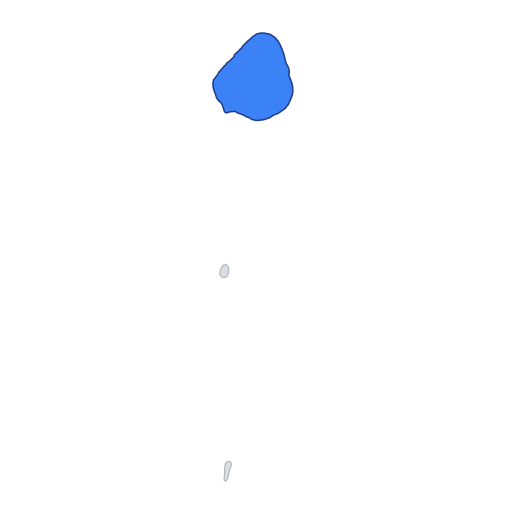 Kolhumadulu, Maldives (highlighted), rotated 175°
{"feature_id": "70690204B68081100071984", "entity_name": "Kolhumadulu", "entity_type": "district", "adm_level": 2, "iso_a3": "MDV", "parent_name": "Maldives", "parent_adm1": "", "projection": "equal_earth", "projection_center": [73.121, 2.361], "detail": "fine", "context": "in_parent", "style": "filled", "palette": "blue", "viewbox_px": 512, "rotation_deg": 175, "n_neighbors": 0, "source": "geoboundaries", "source_scale": "gbopen_adm2", "svg_char_len": 3857}
<svg xmlns="http://www.w3.org/2000/svg" viewBox="0 0 512 512"><g transform="rotate(175 256 256)"><path d="M304.7,51.9L302.0,53.9L299.4,53.1L298.5,50.6L299.8,47.0L302.0,42.2L303.4,37.1L305.6,34.3L307.2,35.3L307.0,38.1L306.3,42.1L305.8,47.2L304.7,51.9ZM289.7,249.7L286.3,250.1L284.2,246.5L284.7,241.2L287.3,237.6L291.4,237.3L293.8,240.6L292.6,245.7L289.7,249.7Z" fill="#d9dde1" stroke="#a8b0b8" stroke-width="1"/><path d="M231.6,477.7L233.0,477.5L234.4,477.4L235.9,477.1L237.0,476.6L237.8,476.0L239.7,475.1L240.7,474.4L241.7,473.6L242.7,472.8L243.8,472.0L245.0,471.3L246.0,470.4L246.9,469.6L247.9,468.9L248.9,468.1L249.9,467.2L250.8,466.3L251.5,465.5L252.4,464.5L253.6,463.6L254.6,462.6L255.5,461.8L256.6,460.9L257.2,460.6L258.0,459.8L258.5,459.5L259.0,459.2L259.8,458.4L260.2,457.6L260.5,456.8L261.2,455.9L261.9,455.3L262.8,454.6L263.6,453.9L264.3,453.4L265.0,452.8L265.7,452.3L266.3,451.9L266.8,451.6L267.2,451.4L267.5,451.3L268.6,450.4L269.1,449.6L269.6,449.1L270.4,448.5L270.9,448.1L271.5,447.6L272.0,447.1L272.4,446.7L272.7,446.3L273.0,446.0L273.3,445.8L274.0,445.2L274.6,444.7L275.0,444.2L275.3,443.8L275.5,443.5L276.1,443.0L276.5,442.8L276.8,442.5L277.0,442.2L277.3,441.9L277.5,441.7L277.8,441.1L278.1,440.6L278.4,439.9L279.0,439.3L279.6,438.8L280.1,438.2L280.5,437.7L281.1,437.1L281.5,436.7L282.0,436.2L282.3,435.8L282.7,435.4L282.9,435.1L283.1,434.4L283.3,433.8L283.6,432.9L283.8,432.2L283.9,431.6L283.9,430.3L284.0,429.3L284.0,428.5L284.0,427.4L283.8,426.8L283.5,425.7L283.5,425.3L283.2,424.1L283.0,423.0L282.7,422.0L282.4,421.1L282.1,420.1L282.0,419.2L281.7,418.1L281.6,417.1L281.2,416.4L280.7,415.5L280.2,414.9L279.6,413.8L279.1,413.2L278.3,412.6L277.6,411.8L277.1,410.9L276.6,409.7L276.2,408.6L275.9,407.6L275.7,406.7L275.6,406.0L275.4,405.0L275.2,403.9L274.9,402.9L274.6,402.3L273.9,401.5L273.3,401.3L272.6,401.2L271.6,401.4L270.9,401.6L270.2,401.8L269.2,401.8L268.3,402.0L267.2,402.0L266.1,401.9L265.3,401.7L264.6,402.0L264.1,401.9L263.4,401.3L262.8,400.8L262.1,400.3L261.3,399.9L260.4,399.4L259.7,399.1L258.8,398.8L257.8,398.3L256.9,397.9L256.3,397.5L255.6,397.1L254.5,396.3L253.7,395.6L253.1,395.3L251.9,395.1L250.9,394.5L250.2,394.0L249.2,393.1L248.3,392.5L247.8,392.2L246.7,392.0L245.9,391.7L245.4,391.4L244.3,391.1L243.5,391.1L242.3,390.9L241.5,390.9L239.4,391.0L238.7,391.0L237.9,391.0L236.8,391.1L235.9,391.2L235.3,391.3L234.3,391.5L232.9,391.9L231.9,392.1L230.6,392.5L229.5,393.0L228.6,393.5L227.9,393.9L227.3,394.2L226.7,394.5L225.8,395.0L224.9,395.2L224.2,395.5L223.6,395.5L222.9,395.8L221.8,396.0L221.0,396.5L220.0,397.1L219.1,397.5L218.3,398.0L217.7,398.4L216.9,398.8L216.1,399.2L215.3,399.7L214.5,400.3L214.0,400.6L213.2,401.3L212.7,401.9L212.1,402.7L211.5,403.3L210.8,403.9L210.3,404.7L209.8,405.6L209.5,406.2L209.0,407.1L208.3,408.1L207.8,409.0L207.4,409.9L206.9,410.9L206.4,412.1L205.9,413.1L205.5,414.3L205.2,415.6L205.0,416.5L204.9,417.6L204.8,418.6L204.8,419.4L204.8,420.2L204.8,421.3L204.8,422.1L204.9,423.0L204.9,423.6L205.0,424.3L205.3,425.4L205.6,426.4L205.9,427.3L206.1,428.2L206.2,428.9L206.6,430.1L206.9,431.1L207.1,431.7L207.3,432.7L207.3,433.8L207.2,434.5L207.0,435.1L206.9,435.7L206.8,436.4L206.7,437.0L206.9,438.6L207.0,439.7L207.1,440.2L207.5,441.7L207.9,442.4L208.0,442.8L208.4,443.6L208.8,444.6L209.1,445.5L209.4,446.6L209.7,448.2L209.9,449.4L210.0,450.3L210.2,451.3L210.3,452.5L210.5,453.7L210.7,454.6L210.9,455.7L211.2,456.7L211.5,457.5L211.7,458.4L211.9,459.2L212.1,460.2L212.5,461.2L212.8,461.9L213.0,462.6L213.2,463.1L213.4,464.1L213.8,464.9L214.3,465.8L214.6,466.7L215.0,467.7L215.6,468.6L216.2,469.4L216.8,470.3L217.2,470.8L217.7,471.6L218.1,472.1L218.9,472.7L219.4,473.0L219.8,473.4L220.5,474.0L221.3,474.6L222.4,475.4L222.9,475.8L223.7,476.1L224.9,476.4L225.5,476.5L226.0,476.7L226.6,476.8L227.9,477.2L228.6,477.4L230.2,477.5L231.6,477.7Z" fill="#3b82f6" stroke="#1e3a8a" stroke-width="1.5"/></g></svg>